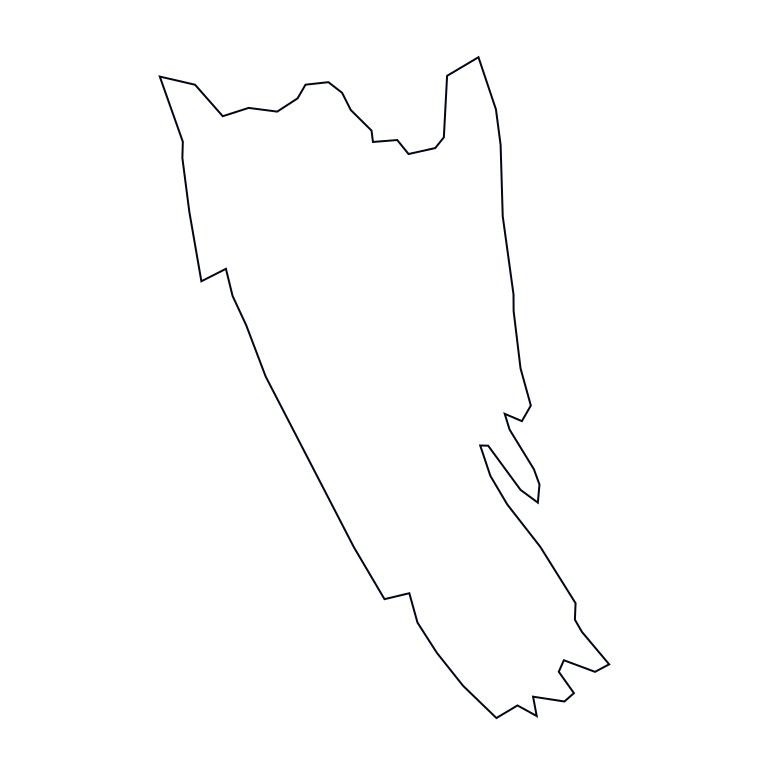 Perry, Pennsylvania, United States of America (Robinson projection), rotated 272°
{"feature_id": "52423323B70700316727445", "entity_name": "Perry", "entity_type": "district", "adm_level": 2, "iso_a3": "USA", "parent_name": "United States of America", "parent_adm1": "Pennsylvania", "projection": "robinson", "projection_center": [-77.275, 40.407], "detail": "fine", "context": "isolated", "style": "outline", "palette": "ink", "viewbox_px": 768, "rotation_deg": 272, "n_neighbors": 0, "source": "geoboundaries", "source_scale": "gbopen_adm2", "svg_char_len": 939}
<svg xmlns="http://www.w3.org/2000/svg" viewBox="0 0 768 768"><g transform="rotate(272 384 384)"><path d="M683.4,149.2L619.1,174.5L602.9,174.6L549.5,183.4L480.3,197.9L493.6,222.0L466.7,229.6L437.8,244.3L387.3,265.5L220.0,359.5L169.0,392.0L175.8,416.6L146.7,425.8L117.2,446.2L85.2,473.5L54.1,508.0L67.4,528.6L57.5,548.2L76.7,543.9L73.0,575.4L81.7,584.6L102.5,568.7L114.2,573.4L103.7,604.9L111.7,618.8L143.1,590.5L155.1,583.0L171.6,583.1L226.8,545.8L267.9,511.4L295.9,493.5L325.9,482.3L326.0,490.2L282.9,524.2L270.8,541.9L288.9,542.9L304.0,536.8L342.8,511.1L358.4,505.7L351.7,523.1L367.6,531.5L404.4,519.9L461.4,511.0L478.1,510.3L555.8,496.8L627.0,492.2L662.3,486.3L713.9,467.0L694.2,436.3L632.6,435.2L621.6,427.0L614.7,400.5L628.3,388.7L625.5,364.5L636.8,362.7L656.7,341.2L673.5,332.0L683.7,317.9L680.4,295.1L666.5,287.7L652.5,267.8L655.2,239.1L646.0,213.5L676.5,184.7L683.4,149.2Z" fill="none" stroke="#020617" stroke-width="2"/></g></svg>